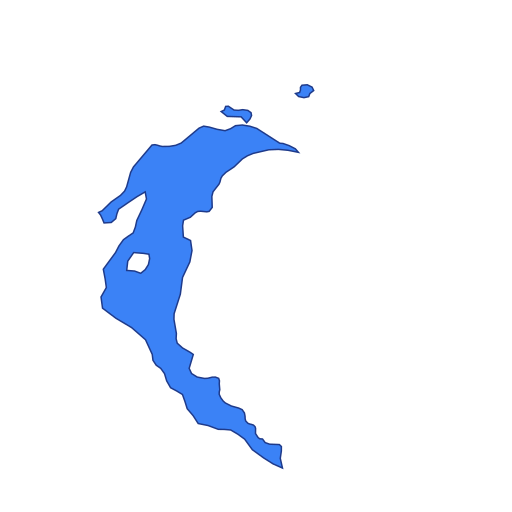 outline of Bakı, rotated 308°
{"feature_id": "AZE-1689", "entity_name": "Bakı", "entity_type": "Municipality", "adm_level": 1, "iso_a3": "AZE", "parent_name": "Azerbaijan", "parent_adm1": "", "projection": "mercator", "projection_center": [49.815, 40.127], "detail": "fine", "context": "isolated", "style": "filled", "palette": "blue", "viewbox_px": 512, "rotation_deg": 308, "n_neighbors": 0, "source": "natural_earth", "source_scale": "10m", "svg_char_len": 2542}
<svg xmlns="http://www.w3.org/2000/svg" viewBox="0 0 512 512"><g transform="rotate(308 256 256)"><path d="M193.4,105.1L196.9,106.9L209.5,108.6L220.3,111.9L226.2,112.5L230.8,111.5L244.8,105.7L250.8,104.6L279.4,105.7L281.5,107.8L282.6,110.1L283.5,112.5L284.6,114.7L289.1,120.3L293.8,124.6L298.9,127.5L321.7,132.4L326.1,134.8L328.8,139.8L331.9,147.4L335.7,154.5L340.7,157.6L346.1,159.6L350.8,164.6L354.5,171.3L357.0,178.1L359.5,205.3L361.3,208.0L363.4,214.2L364.7,221.0L363.8,225.6L359.0,216.1L353.8,208.0L347.6,200.7L335.1,190.6L329.8,187.6L324.2,185.5L312.9,183.9L303.5,180.8L298.4,180.1L295.6,180.5L292.2,182.0L289.9,182.6L280.2,182.6L275.8,184.5L267.3,191.6L262.3,191.6L260.5,190.0L257.2,184.8L255.2,182.6L252.6,181.5L246.1,180.4L239.6,176.8L234.6,179.6L226.2,187.1L227.9,194.9L220.9,202.2L210.6,207.5L193.9,211.3L179.3,219.9L160.1,227.0L155.6,230.3L145.9,241.0L141.6,244.0L138.8,247.6L138.3,254.7L139.6,263.7L139.8,267.2L126.3,272.5L123.7,277.6L124.4,284.2L127.8,290.8L130.0,293.3L133.6,296.1L135.6,298.6L136.6,301.9L135.2,304.0L132.7,305.7L128.3,309.8L126.3,310.7L124.4,312.1L122.6,315.5L121.5,319.4L121.3,322.3L122.6,328.9L125.5,335.9L126.4,339.7L125.2,343.5L123.0,346.0L121.1,347.6L119.7,349.4L119.2,352.6L119.7,354.4L120.5,356.1L121.2,358.1L120.9,360.4L119.9,361.8L115.8,364.9L114.2,369.5L114.3,371.5L115.8,373.8L114.6,378.1L116.1,382.6L121.8,390.5L121.5,393.3L118.0,396.0L111.5,399.7L105.2,407.4L102.7,397.5L101.6,386.5L101.1,372.4L104.7,359.8L104.4,351.3L103.3,343.1L99.9,337.9L96.2,333.0L92.9,322.6L88.4,313.6L91.5,304.7L93.3,295.8L97.6,289.6L101.6,283.3L100.8,276.6L99.6,269.8L102.6,262.5L107.0,256.3L108.8,250.1L108.5,244.6L110.4,239.0L114.6,234.8L122.0,220.5L123.0,202.1L120.7,183.9L120.4,167.2L128.3,159.1L139.0,157.5L145.1,151.2L151.6,143.8L172.2,143.2L179.6,141.8L187.3,141.5L193.1,143.2L198.6,145.0L204.6,143.1L210.6,140.2L222.1,137.6L233.5,134.6L238.3,129.2L229.5,125.7L218.8,122.2L208.3,118.9L203.6,120.4L199.1,122.5L193.3,121.3L188.5,115.9L190.6,112.2L192.6,108.3L193.4,105.1ZM165.0,163.0L165.7,164.0L169.4,169.6L171.4,175.8L177.0,177.1L183.0,176.5L188.5,173.8L191.5,170.5L188.8,165.7L183.4,157.5L173.0,158.1L165.0,163.0ZM364.0,166.0L360.2,166.9L355.2,166.6L356.5,158.6L348.3,147.4L348.4,139.6L351.5,141.2L355.2,140.0L357.0,142.0L357.5,148.9L360.0,152.5L363.1,155.4L365.7,159.9L365.9,163.8L364.0,166.0ZM421.9,199.6L417.2,198.4L414.0,199.4L410.3,196.3L407.9,191.4L408.4,187.1L411.7,189.7L414.1,188.9L416.3,187.2L418.9,187.1L422.5,191.0L423.6,196.2L421.9,199.6Z" fill="#3b82f6" stroke="#1e3a8a" stroke-width="1.5"/></g></svg>